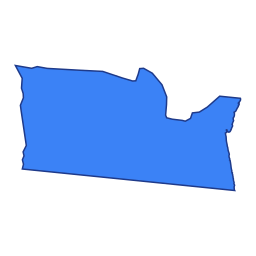 Ngellau, Ngiwal, Palau (Robinson projection)
{"feature_id": "81905179B11216366066462", "entity_name": "Ngellau", "entity_type": "district", "adm_level": 2, "iso_a3": "PLW", "parent_name": "Palau", "parent_adm1": "Ngiwal", "projection": "robinson", "projection_center": [134.631, 7.567], "detail": "fine", "context": "isolated", "style": "filled", "palette": "blue", "viewbox_px": 256, "rotation_deg": 0, "n_neighbors": 0, "source": "geoboundaries", "source_scale": "gbopen_adm2", "svg_char_len": 2034}
<svg xmlns="http://www.w3.org/2000/svg" viewBox="0 0 256 256"><path d="M15.4,65.5L22.2,78.3L21.5,88.2L23.2,93.6L23.4,97.8L20.4,105.3L21.1,110.5L26.3,145.5L23.1,151.9L24.0,155.9L22.4,159.8L23.5,164.2L22.3,169.0L234.7,190.5L234.3,189.6L234.2,188.3L234.1,186.9L234.6,185.2L233.9,183.6L234.1,182.9L234.0,182.2L233.6,180.9L233.4,179.9L233.4,178.8L233.1,178.0L233.0,176.7L232.7,175.3L232.6,174.3L232.2,173.7L232.4,172.8L231.8,172.2L231.8,170.7L231.4,169.1L231.1,167.4L230.9,165.6L230.7,164.1L230.4,162.1L230.1,160.4L229.6,160.1L229.8,159.0L229.1,157.1L229.0,155.5L229.3,154.5L229.1,153.4L228.9,152.8L228.5,151.6L228.1,150.3L228.0,149.3L227.8,148.1L227.7,147.3L227.3,146.3L227.1,144.7L226.8,143.3L226.5,141.8L226.3,140.2L226.2,138.4L226.1,136.7L225.8,135.5L225.5,134.0L225.4,133.0L226.3,132.6L226.6,132.3L226.7,131.7L226.8,131.3L226.6,130.9L226.5,130.5L226.3,130.0L226.6,129.8L226.9,129.9L226.9,130.7L227.4,131.0L227.5,131.5L227.8,131.8L228.1,131.9L228.5,132.1L229.0,132.1L229.6,131.9L230.0,131.6L230.3,131.2L230.6,130.6L230.8,130.0L231.0,129.9L231.0,129.5L231.3,129.2L231.5,128.6L231.7,127.7L232.4,126.6L232.6,125.8L232.4,125.2L232.3,124.3L232.1,124.2L232.4,123.7L232.6,123.0L232.8,122.3L233.2,121.6L233.6,120.6L233.4,119.9L233.2,119.4L233.3,118.9L233.1,118.1L233.5,117.6L233.8,117.0L234.0,116.8L234.3,115.8L234.4,115.2L234.4,114.5L234.5,113.9L234.3,113.1L234.1,112.6L234.1,112.2L235.0,111.8L235.6,111.3L236.1,110.5L236.6,109.4L237.1,108.5L237.1,108.3L237.4,107.9L238.2,106.6L238.5,105.7L238.4,105.4L238.7,105.2L239.1,104.7L239.1,104.1L238.8,103.7L238.4,103.6L238.3,103.1L238.7,102.9L239.1,102.8L238.9,102.3L239.2,102.1L239.8,101.4L240.1,100.8L240.5,100.1L240.5,99.6L240.6,99.1L240.4,98.3L219.7,96.2L207.3,107.1L199.3,112.1L192.4,112.9L190.5,118.4L185.3,121.2L182.3,120.4L172.3,119.2L166.7,117.8L165.6,115.2L166.5,104.7L166.7,96.9L162.0,84.8L152.3,73.2L143.6,68.3L139.7,68.6L138.2,74.2L135.8,80.8L132.6,81.0L122.4,78.0L102.7,71.4L79.0,70.2L47.2,68.4L37.2,66.6L31.7,68.3L15.4,65.5Z" fill="#3b82f6" stroke="#1e3a8a" stroke-width="1.5"/></svg>